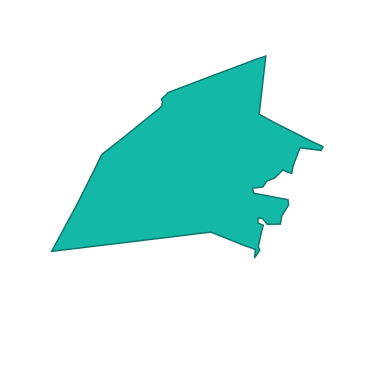 outline of Murici, Alagoas, Brazil, rotated 229°
{"feature_id": "56859067B92034716727296", "entity_name": "Murici", "entity_type": "district", "adm_level": 2, "iso_a3": "BRA", "parent_name": "Brazil", "parent_adm1": "Alagoas", "projection": "equal_earth", "projection_center": [-35.962, -9.277], "detail": "fine", "context": "isolated", "style": "filled", "palette": "teal", "viewbox_px": 384, "rotation_deg": 229, "n_neighbors": 0, "source": "geoboundaries", "source_scale": "gbopen_adm2", "svg_char_len": 900}
<svg xmlns="http://www.w3.org/2000/svg" viewBox="0 0 384 384"><g transform="rotate(229 192 192)"><path d="M206.6,293.7L246.2,336.9L247.4,333.6L249.5,329.2L257.7,306.9L267.6,280.4L276.1,257.3L282.8,239.1L282.3,235.6L282.3,230.2L279.3,228.6L276.9,226.0L276.5,221.3L277.3,200.8L277.8,185.7L278.0,178.5L279.5,148.4L272.9,133.1L259.1,99.5L256.5,92.9L239.3,47.1L185.7,126.2L156.0,170.2L149.2,180.0L118.5,195.7L106.9,202.2L103.2,198.0L101.2,195.8L103.6,204.9L107.3,206.2L115.0,216.6L117.8,220.5L120.1,224.0L125.4,221.4L128.9,224.7L125.9,227.8L118.3,227.6L113.3,233.5L109.8,237.6L115.1,244.2L116.9,250.0L118.8,256.4L123.2,259.3L143.3,243.6L150.7,237.7L155.1,240.2L149.3,248.9L151.1,255.7L149.9,259.3L148.3,263.7L149.0,275.2L144.3,277.2L140.6,279.5L145.1,285.0L154.5,302.5L138.7,316.7L140.3,320.6L149.8,316.3L184.8,302.0L191.2,299.4L206.6,293.7Z" fill="#14b8a6" stroke="#0f766e" stroke-width="1.5"/></g></svg>